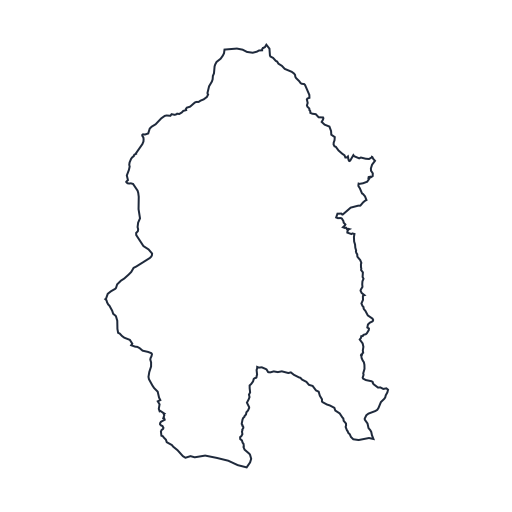 Blajeni, Hunedoara, Romania (Equal Earth projection), rotated 186°
{"feature_id": "2599482B17947676185941", "entity_name": "Blajeni", "entity_type": "district", "adm_level": 2, "iso_a3": "ROU", "parent_name": "Romania", "parent_adm1": "Hunedoara", "projection": "equal_earth", "projection_center": [22.889, 46.263], "detail": "fine", "context": "isolated", "style": "outline", "palette": "slate", "viewbox_px": 512, "rotation_deg": 186, "n_neighbors": 0, "source": "geoboundaries", "source_scale": "gbopen_adm2", "svg_char_len": 6073}
<svg xmlns="http://www.w3.org/2000/svg" viewBox="0 0 512 512"><g transform="rotate(186 256 256)"><path d="M391.5,335.8L391.6,333.5L391.0,331.7L391.4,328.3L392.9,322.6L391.3,318.1L392.8,316.3L392.7,315.9L391.4,314.9L389.7,314.8L388.1,315.2L385.8,314.8L380.6,308.6L379.7,306.4L378.8,302.6L377.7,290.3L375.3,281.3L376.7,276.9L376.8,272.4L376.0,270.3L376.1,268.3L377.6,266.4L377.3,264.3L369.0,254.1L363.5,251.3L359.6,247.6L359.6,245.8L360.1,244.5L361.4,242.9L374.0,233.0L376.5,231.4L378.4,227.1L380.8,224.1L384.7,219.8L387.7,217.4L391.1,213.3L391.9,209.6L392.5,208.7L396.5,205.8L399.5,202.9L400.7,197.8L401.3,197.3L400.1,196.4L399.3,194.4L397.9,192.3L396.6,191.3L393.3,186.5L392.0,183.6L389.3,181.8L388.8,181.0L387.2,177.1L386.2,169.0L385.1,165.2L383.4,164.6L381.0,162.5L378.5,161.0L372.7,159.4L369.9,155.9L370.8,154.2L366.7,153.2L364.5,153.2L362.1,152.2L358.9,150.0L353.2,149.3L349.9,148.4L349.2,147.5L349.5,145.3L350.2,143.4L350.3,141.9L349.2,139.2L348.8,135.1L350.0,129.5L350.3,124.6L349.6,122.3L345.5,116.4L343.5,114.0L339.6,110.8L337.6,105.0L336.1,102.7L338.5,101.2L336.4,98.4L336.7,93.8L335.6,91.5L334.9,91.9L330.7,89.7L331.3,89.3L330.6,88.1L331.2,85.1L330.4,85.1L329.7,83.6L333.2,81.2L333.9,79.7L333.8,78.5L332.6,77.5L331.3,77.2L330.1,75.4L330.3,74.4L331.7,73.1L332.2,71.5L331.3,67.4L329.8,67.0L328.6,65.7L326.4,63.9L325.3,61.5L319.9,59.2L318.4,57.7L313.8,54.7L307.8,49.3L305.1,48.0L300.2,50.1L295.9,49.4L285.7,52.2L273.9,51.1L262.2,49.5L252.3,46.1L243.2,44.8L240.3,50.1L239.6,53.8L241.1,57.6L241.8,58.5L247.1,62.2L248.5,64.8L248.2,65.4L248.8,67.9L249.8,68.9L250.7,71.1L252.5,72.2L252.8,73.6L252.8,74.3L251.7,75.4L250.9,77.4L251.6,79.9L251.3,81.1L251.5,81.8L250.6,83.8L251.0,85.2L251.9,85.8L251.9,86.6L252.7,87.5L252.3,92.0L251.8,93.6L250.7,94.9L250.6,95.8L249.4,97.3L249.2,99.6L247.8,101.5L246.9,104.3L247.1,105.1L249.7,109.2L248.3,112.7L247.7,115.0L248.5,117.4L247.6,119.7L248.5,123.9L248.8,126.6L247.4,128.2L245.8,131.0L245.4,133.5L244.6,134.3L243.0,135.0L242.8,135.6L242.8,137.0L242.5,138.0L243.5,142.7L243.1,144.4L243.2,145.8L241.5,145.3L238.6,145.9L234.7,144.7L233.7,144.3L231.8,141.8L231.2,141.7L229.5,141.8L226.3,143.1L222.2,142.8L218.3,144.0L211.6,143.0L209.2,143.9L205.9,141.8L200.4,139.7L199.1,139.5L197.3,137.9L192.7,136.1L189.9,133.4L186.1,132.7L182.3,128.6L179.5,127.6L177.9,123.7L175.4,120.4L175.2,118.3L174.7,117.7L169.9,115.7L167.0,115.1L162.2,113.2L161.0,110.6L156.3,108.2L153.2,104.4L152.2,103.6L151.6,101.3L149.0,98.8L148.7,96.8L149.0,95.4L147.2,91.9L146.6,91.5L145.7,89.7L144.1,88.5L142.7,86.0L140.1,83.9L134.7,83.7L124.6,86.8L120.1,86.3L122.0,90.0L123.0,93.1L124.2,94.8L126.1,96.6L127.6,101.1L130.7,104.6L130.9,105.6L129.6,109.2L127.7,111.0L121.1,114.3L119.3,115.7L118.3,117.7L116.5,123.8L113.5,127.4L112.7,128.9L112.4,131.0L111.1,134.1L110.7,136.8L112.5,138.0L115.5,137.1L118.6,138.3L120.9,137.9L125.7,140.8L126.5,141.8L126.6,142.7L127.9,143.5L133.8,144.1L136.6,145.2L137.2,146.1L136.6,149.1L137.1,150.5L136.3,155.1L136.8,159.1L137.6,161.6L139.0,163.3L140.3,165.6L140.8,167.6L140.6,168.1L141.2,168.4L141.1,168.9L140.2,169.1L140.1,170.2L139.3,171.0L139.9,173.1L139.7,176.9L140.8,180.2L144.1,183.8L143.1,185.4L142.9,187.3L141.5,187.5L140.9,188.8L138.6,189.7L137.7,190.7L136.1,194.1L136.1,195.7L137.8,196.5L137.5,199.6L135.8,201.6L133.4,203.1L132.9,203.8L132.8,204.6L133.6,205.9L138.6,208.6L141.5,212.9L143.0,214.3L143.5,215.1L143.7,216.4L144.9,217.5L146.2,219.8L145.0,223.6L145.5,227.2L145.3,227.9L144.1,228.4L147.1,230.3L148.4,232.4L148.2,233.6L146.9,236.4L147.4,239.0L147.5,242.0L146.7,244.6L147.8,246.3L148.0,250.9L150.0,253.0L150.0,254.8L150.4,255.7L150.8,259.0L150.5,260.1L151.9,262.8L154.9,265.7L155.2,266.3L155.5,268.3L156.4,269.3L157.1,270.9L157.0,271.9L158.1,274.6L158.7,277.8L159.9,280.6L160.6,285.2L160.4,288.2L162.5,288.5L163.4,287.8L167.6,288.8L167.7,289.6L167.1,291.8L166.0,292.5L167.3,292.7L168.2,292.0L169.3,293.5L170.7,293.2L172.5,293.7L170.9,295.5L170.4,296.7L172.3,298.3L172.7,299.8L174.5,302.2L175.6,302.6L178.6,302.2L180.3,302.7L179.4,306.6L175.5,307.1L174.5,306.2L174.1,306.3L166.9,314.0L159.7,316.7L157.5,317.0L155.1,320.5L153.4,322.3L152.0,323.2L153.8,326.7L156.0,328.8L157.1,329.3L159.8,334.2L161.4,336.2L161.6,337.2L161.5,338.7L160.8,338.5L157.2,339.5L153.2,341.5L151.4,344.8L152.3,345.1L152.2,346.3L151.7,346.5L151.0,346.0L150.5,346.8L149.7,346.5L148.3,347.7L148.5,350.4L150.5,352.8L150.9,355.1L150.1,359.0L147.6,363.1L149.5,364.8L150.7,366.6L151.0,366.7L151.0,366.3L153.7,364.3L157.1,364.2L162.0,364.9L163.6,363.9L168.8,365.5L169.7,366.5L172.3,360.7L173.0,360.2L173.5,360.4L174.1,361.5L175.0,364.6L176.0,363.5L177.4,363.3L178.5,365.4L180.9,366.7L185.0,369.6L188.0,372.9L189.4,373.3L190.5,375.0L190.6,376.8L190.0,379.4L190.1,382.5L193.8,384.5L194.4,388.1L196.5,392.4L201.5,393.8L204.7,396.2L203.6,398.7L203.4,400.1L203.8,400.8L208.2,400.5L211.4,403.3L214.9,403.4L216.9,404.0L217.2,405.8L218.2,406.8L218.2,407.6L218.5,408.3L220.5,409.9L221.1,411.2L220.6,413.6L221.8,417.1L221.3,418.0L219.4,418.9L219.8,421.8L225.1,431.2L226.0,432.0L228.7,432.1L229.7,432.6L231.3,434.4L234.7,437.1L235.6,438.3L236.1,440.2L237.2,441.4L239.7,442.9L247.0,445.1L250.1,447.8L253.8,449.6L255.3,451.6L256.7,452.1L259.7,454.8L262.5,455.9L263.1,456.9L264.3,463.6L267.8,467.2L269.0,464.6L269.9,464.2L270.2,463.7L270.9,463.6L271.5,462.3L271.4,461.2L274.5,460.7L276.5,459.3L280.5,457.8L286.3,458.0L290.9,459.8L296.7,460.3L308.9,458.0L309.0,454.3L309.9,451.9L311.8,448.5L315.5,444.9L316.6,442.2L317.0,440.3L316.9,433.2L317.7,430.6L317.6,427.2L318.1,424.9L320.4,419.9L321.3,413.1L321.1,412.3L320.5,411.6L321.5,409.0L324.4,406.3L327.4,404.7L329.2,403.2L331.4,403.0L332.8,402.3L337.2,397.6L340.3,396.3L341.1,394.9L340.7,393.8L343.5,392.7L344.8,391.0L347.2,389.2L349.3,389.3L349.8,388.7L351.6,387.9L354.8,388.2L355.8,386.5L359.6,386.4L361.4,385.8L364.6,383.0L369.6,376.5L373.3,373.7L375.0,371.6L376.0,366.6L379.1,365.2L381.1,365.2L381.8,364.4L381.6,363.6L380.4,362.1L380.0,360.4L379.9,358.1L380.7,355.4L386.1,345.6L385.9,345.1L387.5,344.1L388.0,343.2L388.0,342.5L389.5,341.1L390.4,339.5L391.5,335.8Z" fill="none" stroke="#1e293b" stroke-width="2"/></g></svg>